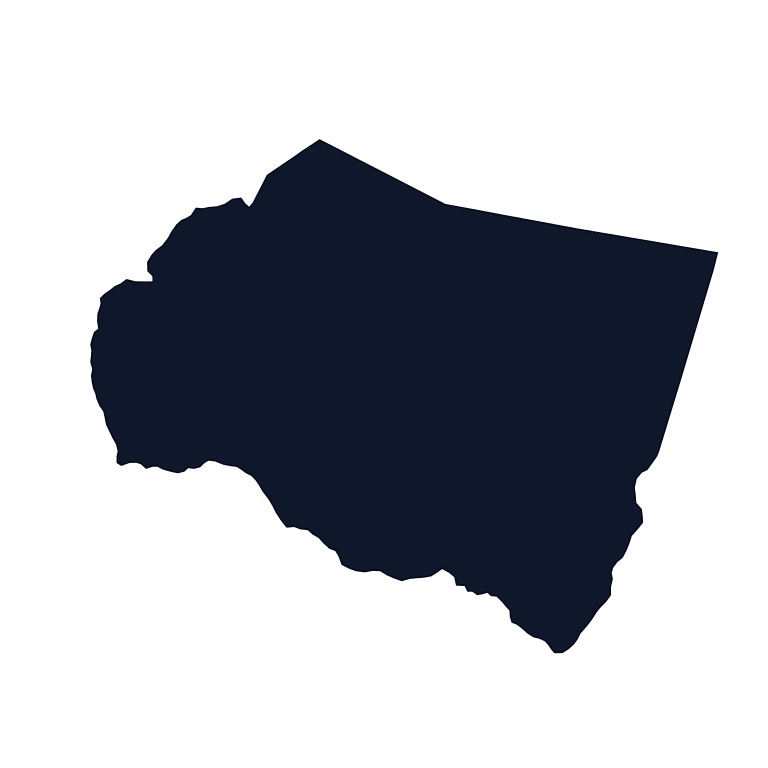 Matina, Bahia, Brazil, rotated 13°
{"feature_id": "56859067B75193807693775", "entity_name": "Matina", "entity_type": "district", "adm_level": 2, "iso_a3": "BRA", "parent_name": "Brazil", "parent_adm1": "Bahia", "projection": "robinson", "projection_center": [-42.972, -13.855], "detail": "fine", "context": "isolated", "style": "filled", "palette": "ink", "viewbox_px": 768, "rotation_deg": 13, "n_neighbors": 0, "source": "geoboundaries", "source_scale": "gbopen_adm2", "svg_char_len": 2409}
<svg xmlns="http://www.w3.org/2000/svg" viewBox="0 0 768 768"><g transform="rotate(13 384 384)"><path d="M679.3,181.3L536.7,189.7L492.8,191.6L459.4,193.1L436.0,194.0L403.2,195.5L308.5,171.5L294.9,168.0L266.3,160.8L252.1,175.8L246.8,181.8L243.0,185.9L223.5,206.9L215.9,237.3L213.0,242.7L207.5,239.6L202.8,235.3L194.9,238.2L188.9,244.7L182.1,248.9L173.6,251.7L167.8,254.3L161.5,255.2L158.5,263.3L154.2,267.4L149.9,270.5L146.5,275.5L143.3,283.2L141.3,290.4L137.3,299.1L132.0,305.4L129.0,310.9L126.5,318.5L128.7,326.9L134.7,330.6L136.3,336.6L127.9,338.6L118.9,340.6L109.8,340.4L105.0,346.1L100.2,349.6L96.1,354.8L91.8,359.5L88.7,364.4L90.5,369.3L90.3,374.7L89.7,380.0L91.1,387.4L94.0,394.6L90.5,398.7L89.8,405.3L89.7,411.7L92.0,416.7L92.9,422.8L93.6,428.5L97.1,434.8L97.4,441.8L99.7,448.1L102.2,453.4L105.5,458.0L107.8,462.8L112.0,468.7L117.3,473.5L120.7,480.7L122.9,485.7L126.8,490.6L132.3,497.5L137.1,502.7L140.4,509.3L140.4,514.6L141.9,520.6L146.4,522.1L153.6,517.4L160.3,515.7L165.2,516.1L171.2,519.4L177.0,515.9L181.9,514.8L187.4,516.3L196.4,516.8L203.1,516.6L208.7,513.7L211.7,509.3L217.7,508.7L223.2,505.9L225.9,501.5L229.8,497.5L236.7,496.7L245.8,498.1L253.4,497.8L259.2,497.1L264.5,499.0L269.5,501.2L275.9,502.8L281.0,506.2L284.7,509.6L290.3,515.5L298.1,522.0L303.7,527.9L308.1,533.3L315.1,540.0L321.5,545.1L328.5,542.8L335.4,543.7L342.6,542.8L348.7,546.1L355.1,548.0L361.4,552.4L368.0,556.1L374.5,557.0L379.1,561.9L383.9,569.2L391.9,571.1L398.8,572.0L407.6,571.1L414.5,568.0L422.3,566.5L430.3,569.1L437.9,570.5L445.5,571.4L452.6,567.4L458.9,565.3L466.1,563.1L472.9,560.2L476.9,556.1L482.0,550.4L490.0,552.6L496.4,555.8L500.0,563.4L508.3,561.9L512.3,566.8L516.9,565.7L522.2,568.0L527.2,565.9L531.8,563.3L536.1,565.9L541.7,565.1L548.3,569.2L553.8,573.4L557.8,576.0L559.6,582.1L562.4,587.1L568.0,588.0L574.1,590.8L580.4,594.3L586.7,596.5L592.5,596.5L598.8,597.8L603.3,600.9L606.9,604.4L610.7,607.2L618.2,605.3L623.3,600.0L627.1,594.5L629.3,589.3L630.9,582.7L633.7,577.5L636.2,572.7L639.3,565.7L642.0,558.1L644.3,553.2L648.9,545.8L651.9,538.6L650.1,530.7L650.1,522.6L647.6,517.1L647.9,511.3L650.9,504.5L655.0,499.3L657.0,492.0L658.2,484.5L658.9,476.1L663.8,467.1L666.8,460.8L665.3,455.3L662.8,448.4L656.0,443.5L653.2,434.8L650.9,428.5L650.9,419.2L654.5,412.1L659.5,407.9L662.8,400.1L665.8,392.6L666.6,386.9L671.7,312.9L678.8,200.3L679.3,181.3Z" fill="#0f172a" stroke="#020617" stroke-width="1.5"/></g></svg>